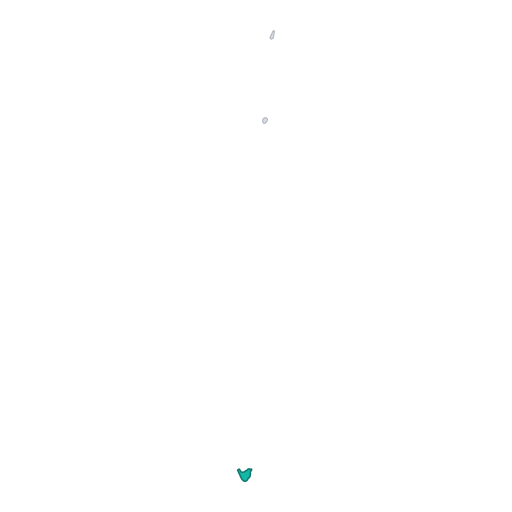 Addoo, Maldives shown in context
{"feature_id": "70690204B51409682910063", "entity_name": "Addoo", "entity_type": "district", "adm_level": 2, "iso_a3": "MDV", "parent_name": "Maldives", "parent_adm1": "", "projection": "robinson", "projection_center": [73.16, -0.641], "detail": "fine", "context": "in_parent", "style": "filled", "palette": "teal", "viewbox_px": 512, "rotation_deg": 0, "n_neighbors": 0, "source": "geoboundaries", "source_scale": "gbopen_adm2", "svg_char_len": 2318}
<svg xmlns="http://www.w3.org/2000/svg" viewBox="0 0 512 512"><path d="M273.1,38.3L271.7,39.1L270.4,38.8L270.0,37.7L270.6,36.1L271.7,34.1L272.5,31.9L273.6,30.7L274.4,31.1L274.3,32.4L273.9,34.0L273.7,36.2L273.1,38.3ZM265.4,123.1L263.7,123.3L262.7,121.7L262.9,119.5L264.2,117.9L266.3,117.8L267.5,119.2L266.9,121.4L265.4,123.1Z" fill="#d9dde1" stroke="#a8b0b8" stroke-width="1"/><path d="M244.8,481.3L245.2,481.2L245.5,481.2L246.0,481.0L246.3,480.9L246.6,480.7L246.8,480.5L247.0,480.3L247.3,480.0L247.5,479.7L247.8,479.2L248.0,478.8L248.2,478.4L248.5,478.1L248.7,477.9L248.9,477.6L249.3,477.6L249.8,476.9L249.9,476.6L250.1,476.3L250.1,476.1L250.2,475.9L250.2,475.6L250.2,475.3L250.2,475.0L250.3,474.7L250.4,474.2L250.5,474.0L250.5,473.7L250.5,473.4L250.4,473.2L250.4,472.9L250.3,472.7L250.3,472.3L250.3,472.1L250.4,471.9L250.5,471.7L250.7,471.3L250.8,471.1L251.0,470.9L251.1,470.7L251.3,470.5L251.4,470.4L251.5,470.2L251.7,469.7L251.6,469.3L251.5,469.2L251.3,469.1L251.1,469.1L250.9,469.1L250.7,469.2L250.3,469.2L250.0,469.1L249.7,469.1L249.4,469.0L249.2,468.9L248.9,468.9L248.6,468.9L248.3,469.0L248.1,469.1L247.9,469.2L247.7,469.4L247.6,469.6L247.5,469.8L247.3,470.0L247.2,470.1L246.9,470.3L246.5,470.4L246.4,470.5L246.2,470.6L246.0,470.8L245.8,470.8L245.4,470.9L245.2,471.1L245.1,471.3L244.8,471.5L244.6,471.7L244.4,471.9L244.2,471.9L244.0,472.0L243.7,472.0L243.1,472.1L242.8,472.2L242.4,472.2L242.0,472.2L241.7,472.1L241.3,472.0L241.0,471.8L240.8,471.5L240.6,471.2L240.5,470.9L240.3,470.6L240.1,470.3L239.9,470.0L239.7,469.7L239.5,469.4L239.4,469.2L239.2,469.1L238.9,469.2L238.7,469.3L238.3,469.5L238.2,469.6L237.8,469.9L237.7,470.1L237.6,470.3L237.7,470.6L237.9,470.7L238.1,470.9L238.2,471.1L238.3,471.4L238.3,471.6L238.4,471.8L238.5,472.1L238.6,472.3L238.7,472.6L238.8,472.8L238.9,473.1L239.0,473.4L239.1,473.6L239.3,474.0L239.5,474.2L239.6,474.3L239.8,474.6L239.9,474.9L240.0,475.2L240.0,475.4L240.1,475.6L240.3,476.0L240.4,476.4L240.5,476.7L240.6,476.8L240.7,477.0L240.8,477.2L240.8,477.3L241.0,477.5L241.1,477.8L241.3,478.1L241.4,478.3L241.5,478.5L241.8,478.9L241.9,479.1L242.0,479.3L242.1,479.5L242.3,479.6L242.4,479.8L242.6,480.0L242.8,480.1L243.0,480.3L243.1,480.5L243.3,480.7L243.5,480.8L243.9,481.0L244.1,481.1L244.3,481.2L244.5,481.2L244.8,481.3Z" fill="#14b8a6" stroke="#0f766e" stroke-width="1.5"/></svg>